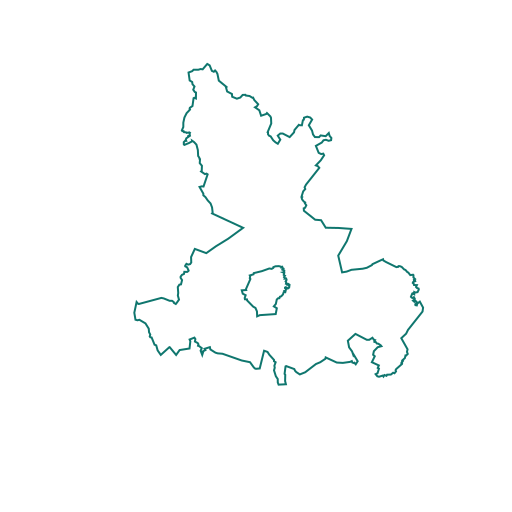 Priekules pag., Priekules, Latvia (Mercator projection), rotated 317°
{"feature_id": "27541924B37893488453851", "entity_name": "Priekules pag.", "entity_type": "district", "adm_level": 2, "iso_a3": "LVA", "parent_name": "Latvia", "parent_adm1": "Priekules", "projection": "mercator", "projection_center": [21.629, 56.464], "detail": "fine", "context": "isolated", "style": "outline", "palette": "teal", "viewbox_px": 512, "rotation_deg": 317, "n_neighbors": 0, "source": "geoboundaries", "source_scale": "gbopen_adm2", "svg_char_len": 6144}
<svg xmlns="http://www.w3.org/2000/svg" viewBox="0 0 512 512"><g transform="rotate(317 256 256)"><path d="M358.1,376.8L355.8,375.2L356.1,371.9L355.7,371.0L355.8,368.1L355.2,366.9L355.1,363.3L354.2,361.4L353.3,360.6L352.6,360.9L351.1,359.9L347.0,349.1L346.1,346.1L346.7,345.0L335.6,341.4L334.5,341.7L329.0,340.2L325.4,338.1L316.4,331.2L311.6,329.2L307.8,326.7L316.4,311.8L332.6,307.1L344.3,301.3L335.5,291.8L326.3,282.9L328.0,274.2L324.0,269.8L321.9,255.6L323.4,253.7L324.8,254.2L327.4,253.2L327.7,250.8L328.5,250.4L328.1,248.8L328.3,246.1L329.1,244.5L329.9,244.4L329.7,243.7L334.6,240.9L337.7,240.6L338.4,238.9L341.3,237.9L362.4,234.7L362.5,232.5L361.6,230.6L368.6,230.2L374.5,228.8L375.0,227.0L373.2,225.9L372.2,223.3L374.9,216.3L381.5,217.9L384.3,217.4L386.4,218.7L387.7,221.3L389.9,222.5L391.6,221.1L391.8,218.2L393.1,215.7L388.7,215.9L385.5,211.9L383.2,212.1L380.2,209.2L380.6,206.0L382.5,202.5L383.8,196.4L390.1,194.5L390.1,191.7L388.5,189.0L385.4,187.6L384.0,188.9L382.9,188.7L378.7,191.7L377.0,190.0L376.8,189.3L370.1,190.1L368.1,191.5L361.7,192.0L359.1,184.7L357.3,183.0L354.0,182.8L353.1,187.5L348.5,188.8L347.8,186.2L347.5,183.1L348.3,178.5L347.6,177.0L347.8,175.2L349.0,173.9L348.9,173.4L357.5,169.5L361.2,165.2L361.7,163.8L361.5,158.9L360.3,159.1L355.4,156.9L357.8,151.7L356.7,146.6L358.9,147.1L361.1,146.5L361.1,140.8L361.9,138.2L361.3,137.9L360.4,134.6L358.0,131.7L358.2,130.9L356.1,129.1L352.6,129.4L349.3,127.9L347.2,123.3L348.9,121.1L347.1,116.0L349.1,112.1L349.7,112.2L348.4,102.4L352.0,96.5L352.6,94.3L352.6,92.4L350.8,92.5L350.0,90.5L352.1,85.0L351.3,82.3L344.3,83.1L343.0,81.5L340.8,80.4L337.4,77.2L335.4,77.3L331.8,75.8L327.2,82.4L328.0,85.2L326.7,87.1L326.6,90.1L323.5,91.6L323.1,94.3L323.6,95.5L319.5,99.8L318.8,98.2L318.0,98.0L311.8,103.0L308.7,102.5L307.8,103.1L307.6,103.9L302.7,104.2L298.1,105.9L293.8,108.9L290.8,112.1L287.4,113.6L287.3,114.5L288.2,115.3L287.8,116.3L289.2,117.9L289.2,118.6L291.6,120.2L291.7,120.9L290.9,121.1L289.8,122.9L288.2,122.0L287.9,122.2L288.1,122.8L285.3,122.4L284.0,123.0L283.5,124.2L282.5,123.4L280.8,123.5L279.3,125.2L279.4,125.9L283.9,127.6L287.6,128.6L287.9,128.1L288.4,130.5L288.4,133.9L285.7,138.9L281.9,143.4L281.6,145.4L280.9,146.5L281.1,147.0L278.2,149.7L278.0,153.1L274.4,156.7L273.5,156.7L274.5,161.3L276.0,162.0L276.3,163.3L265.0,169.4L263.9,168.1L261.8,167.0L260.0,174.5L258.9,175.7L259.2,178.4L258.6,182.4L258.6,186.6L257.0,190.5L253.9,194.7L252.9,194.9L265.8,226.6L247.4,224.4L233.5,221.6L221.6,220.0L216.1,209.1L207.8,212.5L204.2,216.6L202.3,217.0L200.5,216.0L199.8,214.3L197.6,214.8L197.2,215.3L197.9,217.3L196.8,220.7L196.3,220.9L194.8,220.7L192.8,218.7L191.1,220.0L189.0,219.3L186.8,219.7L186.0,220.5L185.5,223.2L181.8,225.6L180.4,224.7L177.6,225.4L173.9,230.0L171.9,231.6L169.9,235.4L166.0,236.2L164.6,236.4L164.0,234.3L164.4,233.7L164.1,231.6L162.3,229.9L159.6,224.1L158.2,222.1L137.6,211.2L137.2,210.7L137.3,208.2L128.3,214.5L124.4,220.4L125.5,222.2L127.2,223.1L129.2,229.9L128.0,236.0L125.8,238.8L125.1,241.3L123.4,242.4L123.3,243.4L124.1,244.4L121.3,251.7L122.1,253.3L119.7,257.9L118.9,263.4L130.5,263.6L130.7,263.8L130.1,273.9L136.0,272.7L144.3,278.3L149.8,273.6L150.5,271.8L155.3,273.7L155.0,275.4L153.0,276.9L154.0,279.9L153.7,281.3L152.4,282.1L152.9,282.9L153.5,286.4L150.9,287.5L149.2,291.7L151.8,290.2L152.0,289.5L154.8,290.3L155.1,288.8L160.1,291.2L158.9,293.2L160.4,299.0L161.6,301.1L164.8,304.6L174.3,322.7L179.2,329.6L178.4,336.1L178.6,337.9L179.2,338.6L182.0,340.8L197.3,330.8L199.0,334.0L198.4,337.4L198.3,344.3L197.4,345.2L197.9,347.1L194.6,348.8L193.5,350.5L191.2,351.9L188.5,357.5L188.0,360.8L185.7,363.3L184.8,365.5L190.4,370.2L192.0,367.3L196.4,362.8L196.5,361.7L202.3,356.9L203.0,357.1L206.9,364.8L206.3,366.5L206.3,368.4L207.3,372.5L212.7,374.6L226.2,375.9L230.5,377.5L236.7,378.5L237.8,377.7L242.4,389.0L246.6,393.4L252.6,397.6L254.4,398.2L253.8,399.6L254.7,401.3L255.2,401.3L255.1,403.2L258.6,402.3L260.2,394.7L259.6,394.9L261.2,391.3L261.8,386.3L265.4,380.6L275.6,380.8L279.9,392.9L281.6,394.5L285.4,395.2L285.1,397.3L285.7,398.7L284.5,398.9L284.0,399.6L284.9,400.5L284.7,402.4L285.6,403.5L286.3,406.2L286.2,407.5L282.8,405.7L277.3,406.0L274.3,408.1L274.5,410.3L268.3,412.7L271.2,419.8L268.7,420.9L269.1,422.2L265.0,424.6L262.9,424.0L262.7,426.7L263.6,428.2L267.2,429.9L267.0,431.1L268.8,430.7L269.7,432.6L270.9,432.2L273.8,434.7L276.7,434.9L277.3,436.2L279.7,435.9L280.2,434.7L281.4,434.3L288.4,434.5L288.9,433.9L289.2,434.4L289.7,434.1L289.7,433.4L291.7,433.0L291.4,432.3L291.9,432.1L295.2,432.2L297.5,430.7L297.8,431.2L300.2,431.1L301.0,429.1L303.2,427.6L306.2,415.2L312.8,415.2L316.8,413.7L339.9,410.2L343.0,407.7L344.7,401.1L341.5,400.8L339.9,401.8L339.1,400.7L339.6,399.9L341.5,400.1L342.2,399.1L342.0,397.1L341.3,397.8L340.6,397.6L340.4,395.7L342.4,396.0L343.0,395.5L343.4,393.8L342.1,393.8L341.5,392.7L341.5,391.5L344.5,390.1L345.2,391.1L345.7,390.3L346.4,390.5L346.3,391.2L347.2,390.3L347.6,391.4L349.5,392.6L352.1,391.6L352.7,390.7L351.9,389.1L351.9,387.8L353.8,387.0L351.8,385.0L352.4,383.8L352.3,382.6L353.1,382.2L355.3,383.0L355.6,382.3L355.0,381.4L355.2,381.1L356.6,381.3L356.5,379.1L358.1,377.4L358.1,376.8ZM230.8,311.9L218.5,301.9L215.7,300.9L218.9,297.2L220.2,293.6L219.4,291.1L219.2,282.4L219.8,281.6L218.4,280.1L219.1,279.0L221.7,277.6L220.6,274.5L222.2,271.4L225.6,274.2L226.0,273.4L236.2,269.0L236.3,268.0L237.9,266.9L238.2,266.0L241.7,267.7L242.7,267.0L250.0,271.1L257.2,274.2L258.7,276.1L260.5,276.5L261.1,276.0L263.2,276.8L265.8,279.0L266.9,280.7L266.6,281.5L267.8,281.8L267.4,283.1L266.3,283.7L267.2,284.3L266.2,285.1L266.7,286.0L265.5,287.1L264.6,286.5L265.1,287.7L263.4,288.7L263.6,289.3L263.3,289.7L263.6,290.2L262.1,290.6L262.2,291.7L261.5,292.1L262.7,293.0L262.1,294.3L260.3,294.8L260.2,295.9L259.0,296.7L259.6,297.4L259.3,297.8L259.8,298.0L259.7,298.9L260.6,298.7L260.9,299.9L258.7,301.7L257.1,301.5L257.0,300.5L256.2,299.5L256.4,299.1L255.7,298.9L255.3,299.4L255.7,300.5L253.4,302.0L253.5,301.3L252.8,300.9L252.4,301.9L251.5,301.4L249.5,302.5L247.0,302.7L245.7,302.1L244.3,302.8L243.4,302.0L241.5,302.0L237.8,304.6L234.7,305.0L235.6,308.4L230.8,311.9Z" fill="none" stroke="#0f766e" stroke-width="2"/></g></svg>